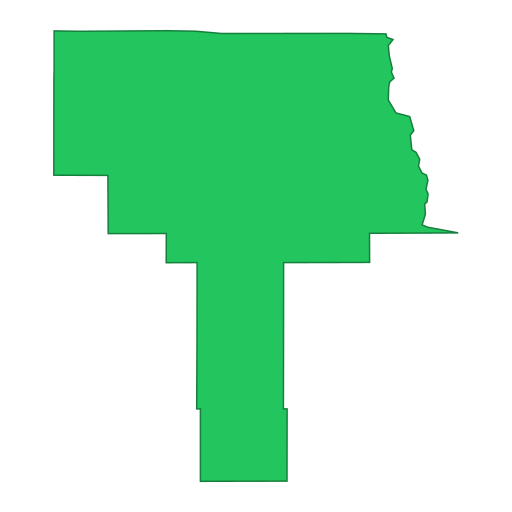 Grant, New Mexico, United States of America
{"feature_id": "52423323B35670822030134", "entity_name": "Grant", "entity_type": "district", "adm_level": 2, "iso_a3": "USA", "parent_name": "United States of America", "parent_adm1": "New Mexico", "projection": "robinson", "projection_center": [-108.207, 32.536], "detail": "fine", "context": "isolated", "style": "filled", "palette": "green", "viewbox_px": 512, "rotation_deg": 0, "n_neighbors": 0, "source": "geoboundaries", "source_scale": "gbopen_adm2", "svg_char_len": 843}
<svg xmlns="http://www.w3.org/2000/svg" viewBox="0 0 512 512"><path d="M54.1,30.9L54.1,54.6L54.1,54.8L54.1,69.7L54.1,70.0L53.9,77.6L53.9,77.9L53.8,175.2L107.9,175.4L108.2,233.6L140.5,233.6L166.3,233.5L166.2,262.7L197.1,262.6L197.0,345.0L196.7,408.9L200.4,408.9L200.4,481.3L287.0,481.1L287.1,408.9L283.4,408.9L283.5,366.3L283.6,262.6L333.4,262.5L369.6,262.4L369.5,233.3L458.2,232.9L427.7,227.2L422.1,224.9L425.4,214.3L424.7,203.9L427.0,202.1L428.1,194.0L426.0,189.2L427.9,180.3L426.4,175.1L422.0,173.0L418.5,166.1L419.7,159.2L416.0,152.3L411.8,149.8L410.3,135.2L413.8,130.7L409.7,116.6L395.9,112.9L388.3,100.0L388.7,87.0L389.7,82.0L394.0,78.1L391.3,72.0L392.3,68.7L389.3,55.8L388.3,45.5L393.0,39.6L386.8,37.3L385.9,33.9L347.8,33.4L221.7,33.5L195.6,31.2L166.5,30.7L79.6,31.3L54.1,30.9Z" fill="#22c55e" stroke="#15803d" stroke-width="1.5"/></svg>